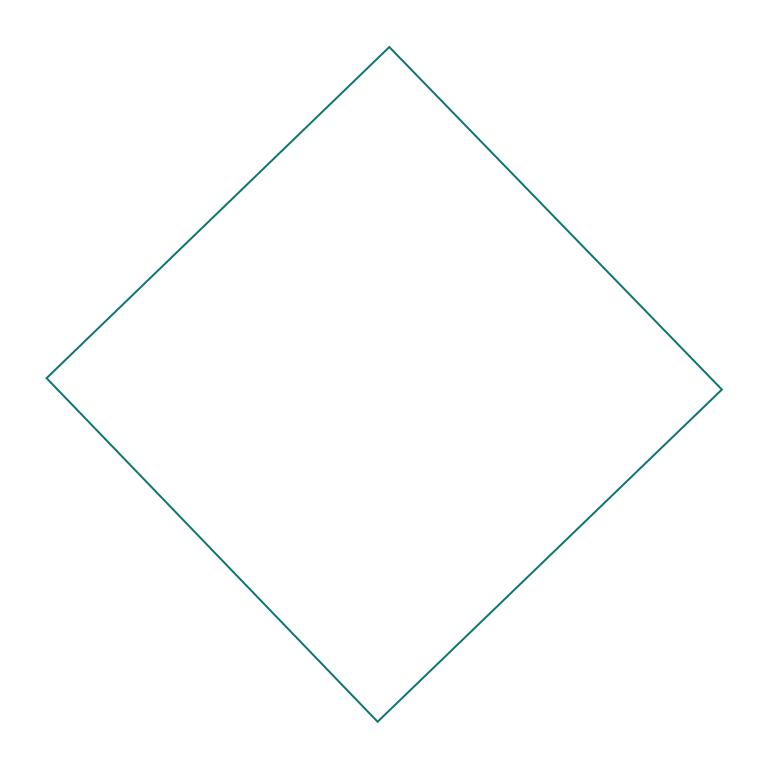 outline of Ector, Texas, United States of America, rotated 46°
{"feature_id": "52423323B50517740835867", "entity_name": "Ector", "entity_type": "district", "adm_level": 2, "iso_a3": "USA", "parent_name": "United States of America", "parent_adm1": "Texas", "projection": "mercator", "projection_center": [-102.506, 31.869], "detail": "fine", "context": "isolated", "style": "outline", "palette": "teal", "viewbox_px": 768, "rotation_deg": 46, "n_neighbors": 0, "source": "geoboundaries", "source_scale": "gbopen_adm2", "svg_char_len": 249}
<svg xmlns="http://www.w3.org/2000/svg" viewBox="0 0 768 768"><g transform="rotate(46 384 384)"><path d="M622.7,144.8L145.3,146.1L145.4,622.7L175.0,622.7L593.8,623.2L622.5,623.2L622.7,144.8Z" fill="none" stroke="#0f766e" stroke-width="2"/></g></svg>